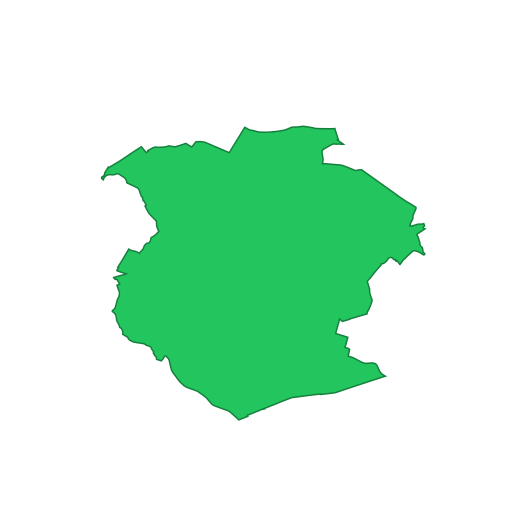 the district of Falticeni, Suceava, Romania, rotated 301°
{"feature_id": "2599482B37140017056503", "entity_name": "Falticeni", "entity_type": "district", "adm_level": 2, "iso_a3": "ROU", "parent_name": "Romania", "parent_adm1": "Suceava", "projection": "orthographic", "projection_center": [26.308, 47.463], "detail": "fine", "context": "isolated", "style": "filled", "palette": "green", "viewbox_px": 512, "rotation_deg": 301, "n_neighbors": 0, "source": "geoboundaries", "source_scale": "gbopen_adm2", "svg_char_len": 6116}
<svg xmlns="http://www.w3.org/2000/svg" viewBox="0 0 512 512"><g transform="rotate(301 256 256)"><path d="M323.5,383.8L324.0,384.0L326.4,384.1L329.8,384.5L330.2,385.0L332.2,385.3L334.7,386.0L336.0,386.4L337.5,386.8L341.5,388.1L342.1,389.0L342.6,390.4L343.2,393.2L343.4,394.8L343.3,396.2L343.2,398.7L343.3,399.2L343.7,399.6L344.2,399.7L344.5,399.7L345.0,399.3L345.1,398.9L345.2,398.3L345.3,397.4L346.2,396.6L348.1,395.0L348.7,394.4L349.1,393.3L349.3,392.0L349.5,391.4L349.9,391.0L351.7,389.7L352.6,388.7L354.9,386.1L356.2,384.5L356.4,384.3L356.4,384.0L356.5,383.7L356.7,383.4L357.5,382.7L358.8,383.3L366.3,386.9L366.1,385.9L366.2,385.3L366.7,384.6L367.6,384.5L368.7,385.0L370.2,383.1L369.4,382.4L368.7,381.7L368.1,380.6L366.9,378.7L366.4,378.2L364.1,376.1L362.9,375.0L361.7,373.7L361.1,372.4L363.7,371.6L365.7,371.5L368.4,371.3L372.0,369.6L373.3,369.5L378.7,368.8L379.7,368.4L380.1,368.0L380.2,364.3L380.3,360.2L380.1,358.4L380.1,356.9L380.4,352.4L380.6,347.8L381.2,341.6L382.8,320.9L384.3,302.1L382.5,299.4L381.7,298.8L380.7,297.5L380.2,296.3L380.2,295.5L379.7,292.3L379.1,288.2L378.8,287.1L378.7,286.5L378.6,285.8L378.3,284.2L377.9,282.5L377.2,281.0L376.5,279.5L374.6,275.7L370.9,268.1L369.3,265.2L371.1,264.8L373.0,264.0L375.1,262.3L378.6,259.4L380.1,258.5L380.6,258.6L382.3,258.9L384.4,260.0L387.2,261.6L389.2,262.7L390.7,263.6L391.4,264.2L392.3,265.2L393.2,267.3L394.5,269.0L395.7,271.5L396.3,272.7L396.8,273.4L397.4,265.9L398.2,266.6L398.4,266.4L400.3,264.2L401.4,262.9L404.6,259.3L405.4,258.4L405.9,258.0L403.7,254.8L399.8,248.1L398.6,246.1L397.7,244.5L395.6,240.5L395.5,239.9L395.2,238.7L394.7,237.4L391.7,230.0L390.9,228.8L388.1,225.3L385.9,221.9L385.0,220.5L382.9,218.9L380.6,217.3L378.4,215.4L374.1,210.4L370.3,205.4L367.2,200.8L363.8,194.8L362.9,192.0L362.3,189.7L361.6,187.6L360.7,185.4L360.7,182.5L360.5,180.1L347.5,180.0L333.6,179.8L330.8,179.9L327.8,158.1L327.1,153.3L325.3,149.1L324.7,148.3L323.7,146.9L323.2,145.7L316.4,144.8L316.3,141.0L316.4,139.2L316.3,137.8L313.7,135.6L310.9,133.2L308.4,130.9L307.7,130.1L307.1,128.6L305.7,125.0L305.5,124.5L304.5,123.7L302.5,121.7L300.5,118.8L298.7,116.1L297.5,113.5L296.3,112.3L290.7,109.0L290.3,109.7L288.1,108.6L290.6,101.5L282.2,97.3L267.2,90.3L255.6,84.1L255.9,83.6L249.9,83.5L249.4,83.6L248.3,84.0L247.8,84.1L246.8,84.2L246.0,84.1L244.9,83.5L244.4,83.2L243.8,83.3L243.1,83.5L242.6,85.8L242.9,85.8L244.0,85.6L245.1,85.5L246.1,85.7L246.7,85.9L248.3,86.5L249.3,87.4L250.5,88.9L252.1,91.9L252.9,92.8L254.5,94.1L255.1,94.7L255.2,94.9L255.5,96.0L255.6,97.5L255.6,98.5L255.4,100.0L255.4,101.3L255.3,103.1L255.1,103.9L254.6,105.0L253.8,106.2L252.4,107.4L252.2,108.2L252.9,114.3L253.3,119.1L253.3,120.1L252.6,121.6L252.2,122.0L248.2,126.8L247.9,127.3L247.9,128.4L245.2,130.8L245.4,131.2L245.4,131.7L243.0,135.8L241.7,135.1L239.5,138.5L237.6,141.8L236.7,144.6L234.6,152.6L230.5,155.5L228.6,157.7L227.2,160.0L225.3,159.6L223.4,159.2L221.7,158.7L220.0,157.9L218.1,156.8L217.2,156.7L216.4,157.1L215.3,157.5L214.0,157.7L212.9,157.7L212.0,157.3L211.4,156.8L210.5,155.8L209.8,155.4L208.6,155.2L207.3,155.0L206.2,155.2L204.4,155.5L203.1,155.5L202.0,155.3L199.4,154.6L198.1,154.5L198.2,151.8L197.8,149.9L197.0,147.8L196.6,146.4L196.4,144.8L196.4,143.4L182.8,143.5L175.2,143.3L175.2,144.1L173.0,144.1L172.0,144.1L171.8,144.6L171.8,144.9L173.5,152.4L173.9,153.9L172.4,152.8L171.6,152.0L166.1,146.7L164.2,145.1L163.7,146.0L163.5,147.0L163.7,147.9L164.4,148.8L162.5,152.1L161.6,153.7L159.3,151.9L157.9,153.5L156.9,154.7L154.9,157.3L154.5,157.6L153.5,158.2L151.6,159.1L150.6,159.4L149.6,159.5L148.6,159.5L147.4,159.6L140.7,161.6L138.6,161.9L137.9,161.9L136.9,161.7L135.8,161.3L135.4,161.0L134.9,161.1L134.5,161.4L134.3,162.7L134.1,164.1L133.3,165.9L132.4,167.0L131.3,168.0L129.6,169.3L129.1,169.7L128.6,170.3L126.2,174.3L125.1,175.5L124.6,176.0L124.6,176.6L124.7,177.0L124.4,178.1L123.7,179.3L122.7,180.6L121.9,181.2L121.4,181.6L120.9,181.8L120.2,182.1L120.3,187.5L120.1,188.4L119.3,189.1L119.0,189.9L118.8,192.1L119.1,194.5L119.4,196.0L119.9,197.1L120.9,199.9L121.1,200.3L121.7,201.5L122.5,203.8L123.1,205.0L123.2,205.3L123.1,207.2L123.1,208.2L123.3,209.1L123.7,210.8L123.8,211.4L123.7,212.4L123.5,213.3L123.1,213.7L122.5,214.6L121.8,215.9L121.3,217.4L121.1,217.6L120.6,217.8L120.0,218.0L119.7,218.2L119.5,218.5L119.4,219.4L118.8,219.9L118.4,221.0L118.2,222.2L117.5,223.1L116.2,223.9L117.3,228.8L120.0,229.3L123.5,229.3L123.9,230.1L123.8,230.6L123.2,232.7L122.8,234.1L122.2,234.9L121.2,236.0L118.7,238.3L114.8,242.2L114.1,243.5L113.4,244.4L111.7,248.8L109.6,253.6L108.8,256.2L107.8,260.9L107.7,263.2L108.2,266.6L109.1,270.9L109.9,275.5L109.4,282.8L108.8,286.8L108.0,289.1L106.7,292.9L106.1,295.2L106.2,297.5L107.7,305.3L108.9,311.3L109.0,313.3L108.4,317.1L106.7,325.8L108.3,326.9L110.4,328.5L114.4,331.6L115.1,330.7L121.6,335.6L125.2,338.3L127.2,339.7L127.8,340.1L127.8,340.5L129.2,341.9L129.3,341.4L130.8,342.6L134.1,345.1L135.6,346.2L138.3,348.3L142.2,351.2L146.3,354.3L152.0,358.8L152.4,358.9L154.9,362.0L160.0,368.4L166.6,376.7L167.9,378.5L170.9,382.2L170.5,382.6L173.2,386.1L178.4,392.8L179.8,394.5L185.5,399.3L195.2,407.6L216.5,426.0L219.6,428.8L219.6,425.2L220.6,421.8L224.6,415.9L225.1,414.2L225.0,412.6L224.1,410.5L221.1,406.3L220.0,404.2L219.5,402.4L219.1,396.2L218.8,391.4L217.6,386.6L224.1,384.4L224.3,383.6L224.2,382.2L223.4,379.4L233.0,376.8L233.6,376.5L230.8,365.0L230.6,364.2L236.1,362.6L240.6,361.4L244.8,360.2L245.0,360.1L244.5,363.8L249.7,368.6L249.9,368.4L251.2,369.6L256.8,374.7L263.6,381.0L264.2,380.6L264.9,380.3L268.7,380.2L273.9,379.4L277.0,378.7L278.4,377.9L279.0,377.1L279.5,376.3L282.6,372.9L284.1,371.7L285.2,371.0L286.1,370.5L288.8,367.5L291.5,364.5L291.8,364.4L296.2,365.3L301.1,365.9L303.6,366.2L309.3,367.2L311.7,367.7L312.4,367.8L313.4,367.7L313.9,367.4L314.5,368.5L315.8,369.4L318.5,370.4L320.4,370.7L322.0,370.6L322.5,370.8L323.4,371.4L324.3,372.5L324.7,374.0L324.0,375.4L324.2,376.5L324.8,377.6L324.8,377.9L324.7,378.0L323.9,377.9L323.7,378.4L323.8,379.0L324.3,379.4L324.5,379.8L324.2,380.3L323.9,381.1L323.7,381.4L323.6,381.9L323.5,382.4L322.9,383.3L322.9,383.8L323.5,383.8Z" fill="#22c55e" stroke="#15803d" stroke-width="1.5"/></g></svg>